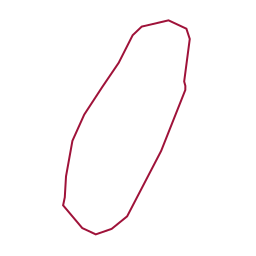 the district of Namoluk, Federated States of Micronesia, rotated 255°
{"feature_id": "79324940B63325039400057", "entity_name": "Namoluk", "entity_type": "district", "adm_level": 2, "iso_a3": "FSM", "parent_name": "Federated States of Micronesia", "parent_adm1": "", "projection": "robinson", "projection_center": [153.117, 5.923], "detail": "fine", "context": "isolated", "style": "outline", "palette": "rose", "viewbox_px": 256, "rotation_deg": 255, "n_neighbors": 0, "source": "geoboundaries", "source_scale": "gbopen_adm2", "svg_char_len": 402}
<svg xmlns="http://www.w3.org/2000/svg" viewBox="0 0 256 256"><g transform="rotate(255 128 128)"><path d="M153.8,194.3L158.4,194.3L198.0,210.7L208.8,210.1L221.5,195.0L222.4,167.5L216.4,156.5L193.4,135.9L174.4,113.9L152.3,89.2L130.0,71.0L97.3,55.6L77.4,49.0L70.1,45.3L43.2,57.9L33.6,69.3L34.8,86.1L42.9,104.3L97.3,154.1L149.9,193.2L153.8,194.3Z" fill="none" stroke="#9f1239" stroke-width="2"/></g></svg>